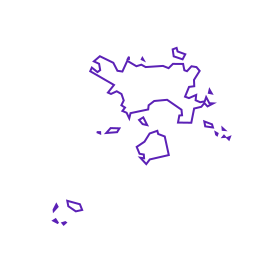 outline of Ukerewe, Mwanza, United Republic of Tanzania, rotated 165°
{"feature_id": "72390352B65036310172855", "entity_name": "Ukerewe", "entity_type": "district", "adm_level": 2, "iso_a3": "TZA", "parent_name": "United Republic of Tanzania", "parent_adm1": "Mwanza", "projection": "mercator", "projection_center": [33.011, -1.921], "detail": "medium", "context": "isolated", "style": "outline", "palette": "violet", "viewbox_px": 256, "rotation_deg": 165, "n_neighbors": 0, "source": "geoboundaries", "source_scale": "gbopen_adm2", "svg_char_len": 1871}
<svg xmlns="http://www.w3.org/2000/svg" viewBox="0 0 256 256"><g transform="rotate(165 128 128)"><path d="M65.5,116.7L59.1,129.7L51.7,129.5L47.8,132.3L45.6,128.3L39.3,129.7L43.0,130.9L44.5,137.6L47.0,133.9L51.6,134.2L55.5,137.3L53.6,142.3L61.4,141.1L64.8,143.5L58.4,151.9L53.2,151.2L51.8,157.4L44.0,164.6L46.1,169.1L50.7,171.2L56.3,167.6L58.6,169.2L58.2,175.6L68.0,178.3L73.3,175.3L78.1,178.9L95.2,182.3L98.7,185.7L103.9,185.5L111.3,193.1L118.8,184.0L123.4,186.0L125.3,194.8L136.6,204.6L143.7,201.2L139.3,197.5L139.9,191.1L143.0,189.9L147.3,195.7L149.8,192.6L130.4,173.2L138.2,167.4L135.6,165.3L129.4,166.4L125.5,162.5L125.0,155.7L128.5,151.7L125.6,148.5L129.0,145.9L125.4,143.1L124.3,137.0L121.7,141.7L103.7,140.7L102.2,144.6L95.7,147.3L82.9,145.1L71.6,131.8L72.5,126.3L75.2,126.8L78.3,120.3L65.5,116.7ZM119.7,88.4L115.1,92.0L95.6,91.3L94.7,110.3L100.4,114.4L100.4,117.7L108.5,117.1L115.6,110.5L124.5,107.5L123.5,100.1L119.6,98.3L120.3,94.6L123.8,96.1L119.7,88.4ZM200.0,61.0L193.5,60.7L194.2,66.8L205.5,73.4L205.9,67.9L200.0,61.0ZM65.3,185.4L57.5,180.2L53.6,184.4L60.3,189.1L60.3,192.8L64.5,192.4L65.3,185.4ZM139.6,126.8L136.4,129.9L144.8,132.4L150.3,128.8L139.6,126.8ZM45.8,106.5L45.9,109.8L52.6,114.6L53.0,109.6L45.8,106.5ZM115.2,132.9L112.9,128.0L108.7,125.8L110.5,134.3L115.2,132.9ZM217.0,72.7L221.0,68.3L221.2,67.1L216.4,70.2L217.0,72.7ZM224.1,57.8L220.1,54.1L221.6,58.6L224.1,57.8ZM40.8,141.0L38.2,139.7L39.3,143.8L40.8,141.0ZM215.9,53.2L215.1,51.4L212.5,52.7L213.0,53.3L215.9,53.2ZM33.5,90.8L31.9,93.0L34.6,92.7L33.5,90.8ZM44.5,101.1L44.6,98.9L43.9,98.0L42.9,99.5L44.5,101.1ZM159.2,132.1L156.3,129.9L156.0,131.2L159.2,132.1ZM96.9,190.8L95.4,189.5L96.0,191.8L96.9,190.8ZM108.6,196.6L110.3,194.8L109.3,194.4L108.6,196.6ZM37.0,101.7L35.1,101.0L36.7,103.5L37.0,101.7ZM38.7,94.7L36.6,94.3L37.3,95.7L38.7,94.7Z" fill="none" stroke="#5b21b6" stroke-width="2"/></g></svg>